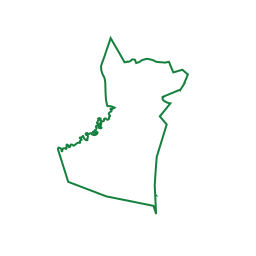 the district of Gawler, South Australia, Australia, rotated 336°
{"feature_id": "25037944B32211395389119", "entity_name": "Gawler", "entity_type": "district", "adm_level": 2, "iso_a3": "AUS", "parent_name": "Australia", "parent_adm1": "South Australia", "projection": "natural_earth1", "projection_center": [138.712, -34.621], "detail": "fine", "context": "isolated", "style": "outline", "palette": "green", "viewbox_px": 256, "rotation_deg": 336, "n_neighbors": 0, "source": "geoboundaries", "source_scale": "gbopen_adm2", "svg_char_len": 5381}
<svg xmlns="http://www.w3.org/2000/svg" viewBox="0 0 256 256"><g transform="rotate(336 128 128)"><path d="M162.1,68.5L161.4,68.0L161.1,67.8L160.9,67.6L159.8,67.1L159.6,67.1L159.2,67.1L158.4,67.5L157.8,67.7L157.1,67.8L156.4,67.8L155.4,67.7L155.2,67.6L154.8,67.2L154.4,67.0L153.9,67.2L151.6,66.6L150.2,52.7L149.6,47.8L149.6,47.3L149.1,42.8L149.0,41.2L148.8,39.7L148.7,38.8L145.3,42.6L144.3,43.6L138.1,50.3L135.4,53.3L130.2,58.6L128.3,60.9L127.1,64.6L126.7,67.5L126.7,70.1L126.9,71.3L126.7,73.3L126.5,74.4L125.8,76.9L125.5,77.8L122.1,86.0L121.3,88.1L120.2,90.9L119.2,93.8L119.1,94.3L118.1,99.4L121.4,101.4L122.2,102.1L123.4,103.3L123.1,103.4L123.7,104.0L122.7,104.2L122.3,103.8L121.8,104.0L121.5,104.1L121.2,104.1L120.9,104.0L120.5,103.7L120.1,103.4L119.8,103.5L119.7,103.6L119.7,103.8L119.8,104.2L120.2,104.7L120.2,104.9L120.2,105.1L120.1,105.5L119.8,105.8L119.7,105.9L119.4,106.0L118.2,106.1L117.3,106.3L117.0,106.5L116.6,106.8L116.4,106.9L116.2,107.3L116.1,107.5L116.1,108.1L116.6,109.2L116.5,109.5L116.3,109.9L115.8,110.1L115.6,110.1L115.2,110.2L115.1,110.4L114.8,111.1L114.6,111.7L114.4,111.9L114.2,112.0L113.9,112.1L113.3,112.2L113.1,112.2L112.7,112.1L112.4,112.0L112.2,111.7L111.8,111.2L111.7,110.6L111.5,110.3L111.3,110.1L111.2,110.1L110.4,109.8L110.0,110.0L109.7,110.3L109.5,110.5L109.4,110.9L109.1,111.4L109.0,111.5L108.8,111.6L108.6,111.7L108.4,111.8L108.0,111.7L107.4,111.6L106.8,111.2L106.4,110.6L105.9,110.3L105.8,110.1L105.8,109.7L106.1,109.2L106.5,109.0L106.6,108.8L106.8,108.5L106.8,108.3L106.6,107.9L106.1,107.4L105.7,107.4L104.8,107.2L104.5,107.3L104.4,107.5L104.4,108.1L104.4,108.3L104.2,108.5L104.0,108.8L103.7,109.1L102.5,110.1L101.9,110.4L101.7,110.6L101.8,111.0L102.1,111.4L102.4,111.6L102.6,111.9L102.6,112.1L102.7,112.6L102.8,112.9L103.0,113.0L103.6,113.2L104.1,113.1L104.5,112.7L104.8,112.2L105.0,111.9L105.3,111.8L105.5,111.9L105.6,112.1L105.5,112.5L105.4,112.9L105.2,113.3L105.0,113.7L104.6,114.1L103.9,114.7L103.7,115.0L103.6,115.3L103.7,116.0L103.8,116.5L103.9,116.9L103.8,117.0L103.7,117.2L103.6,117.3L103.3,117.3L103.2,117.3L102.6,116.9L101.8,116.4L101.5,116.0L101.4,115.7L101.5,115.4L101.7,115.0L102.0,114.7L102.1,114.3L102.0,114.2L101.9,114.1L101.7,113.9L101.3,113.4L101.1,113.2L100.8,113.1L100.4,113.0L99.8,113.2L99.5,113.4L99.3,113.7L99.2,114.0L99.2,114.4L99.3,114.7L99.2,115.0L98.8,115.8L98.6,116.2L98.4,116.4L98.1,116.6L97.8,116.7L97.1,116.5L96.9,116.6L96.4,117.1L95.9,117.2L95.5,117.1L94.8,117.2L94.5,117.3L94.4,117.4L94.3,117.6L94.3,117.9L95.5,119.0L95.9,119.3L96.0,119.3L96.5,119.3L97.4,118.9L97.9,118.9L98.0,118.9L98.1,119.0L98.4,119.4L98.4,119.6L98.2,119.9L97.9,120.3L97.6,120.6L97.4,120.7L97.0,120.9L96.7,120.9L95.9,121.0L95.5,121.0L95.1,121.0L94.8,120.9L93.8,120.5L93.6,120.3L93.4,120.0L92.5,119.2L92.4,118.6L92.2,117.8L92.2,117.7L91.8,117.6L90.9,117.4L90.5,117.5L90.1,117.6L89.8,117.7L89.3,117.6L89.1,117.5L89.0,117.4L88.9,117.2L88.9,116.7L88.8,116.3L88.7,116.1L88.4,115.9L87.7,115.7L87.5,115.8L87.4,115.8L87.1,116.0L86.9,116.5L86.9,117.0L87.0,117.3L87.4,117.3L87.6,117.3L87.6,117.8L87.8,118.2L87.9,118.5L88.0,119.1L88.0,119.3L87.7,119.9L87.4,120.3L87.2,120.5L86.7,120.9L86.5,121.2L86.4,121.4L86.2,121.8L86.2,122.3L85.7,122.5L85.4,122.5L85.3,122.4L85.0,122.2L84.6,121.5L84.3,121.2L84.1,120.7L83.9,120.6L83.9,120.3L83.8,120.1L83.8,119.8L83.7,119.2L83.6,118.9L83.7,118.1L83.8,117.5L83.8,117.3L83.8,117.1L83.7,117.0L83.4,117.0L83.2,117.1L82.8,117.4L82.6,117.5L82.0,117.6L81.6,117.6L81.0,117.5L80.8,117.5L80.4,117.2L80.2,117.2L80.0,117.3L80.0,117.6L80.2,118.1L80.6,118.8L80.8,119.2L80.8,119.6L80.8,119.9L79.8,119.9L79.5,120.0L79.2,120.2L79.0,120.3L78.7,120.7L78.6,121.5L78.4,121.8L78.1,122.0L77.9,122.0L77.6,121.8L77.1,121.3L76.8,121.2L76.4,121.1L75.8,121.1L75.4,121.1L74.5,121.3L74.1,121.5L73.2,121.7L72.7,121.8L72.1,122.0L71.8,122.1L71.4,122.1L71.1,122.0L70.8,121.7L70.5,121.0L70.3,120.8L70.2,120.6L70.1,120.4L69.6,120.1L69.2,119.9L69.0,120.0L68.7,120.2L68.4,120.3L68.2,120.5L67.9,120.8L67.8,121.2L67.5,121.5L67.4,121.6L67.2,121.7L66.8,121.7L66.5,121.5L66.4,121.5L66.3,121.4L66.3,121.0L66.3,120.4L66.3,120.0L66.2,119.7L66.1,119.0L66.1,118.9L65.7,118.5L65.5,118.4L65.3,118.3L65.1,118.4L65.0,118.5L64.8,119.0L64.7,119.1L64.5,119.4L64.3,120.0L64.2,120.2L64.0,120.8L63.7,121.4L63.5,121.7L63.3,121.8L63.1,121.9L62.9,121.9L62.7,121.6L62.4,121.1L62.1,120.8L61.1,120.4L60.4,120.3L59.9,120.4L59.7,120.5L58.7,122.2L58.5,122.4L58.3,122.4L58.2,122.4L58.0,122.0L58.0,121.9L58.0,121.7L58.4,121.0L58.5,120.8L58.5,120.3L58.4,119.8L58.3,119.7L58.2,119.3L57.7,118.6L57.4,118.3L57.0,117.9L56.9,117.8L56.8,117.7L56.4,117.8L56.1,118.1L55.7,118.3L55.4,118.6L51.5,152.7L51.6,153.0L80.3,181.6L119.6,209.5L118.9,217.2L119.0,217.2L125.7,200.0L125.9,200.2L125.8,199.8L128.9,191.6L134.4,181.1L142.4,166.2L164.8,140.5L161.8,130.3L171.7,125.3L176.7,122.7L176.4,122.5L176.0,122.3L175.4,121.9L174.6,121.1L173.8,120.4L173.2,119.6L172.9,119.2L172.7,119.1L172.3,118.2L172.0,117.9L171.7,117.5L171.5,116.6L171.4,116.4L171.4,115.7L171.8,114.9L171.8,114.3L172.0,113.9L173.1,114.0L173.1,113.7L191.3,114.2L191.3,114.5L198.0,110.0L197.8,109.7L198.0,109.5L202.5,105.4L204.5,103.3L203.9,102.3L201.4,96.9L193.1,95.8L192.0,95.6L192.3,84.2L189.2,83.5L188.8,83.5L182.0,79.8L181.0,79.1L180.1,78.3L178.5,76.3L178.1,75.9L174.5,73.1L173.2,72.4L169.4,71.8L168.6,71.7L167.9,71.8L167.3,71.9L165.6,72.3L163.7,72.2L161.9,72.0L162.1,68.5Z" fill="none" stroke="#15803d" stroke-width="2"/></g></svg>